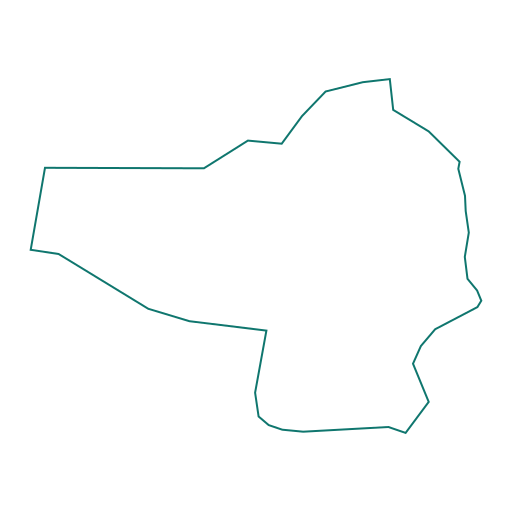 the border of Varaklanu
{"feature_id": "LVA-5800", "entity_name": "Varaklanu", "entity_type": "Municipality", "adm_level": 1, "iso_a3": "LVA", "parent_name": "Latvia", "parent_adm1": "", "projection": "orthographic", "projection_center": [26.664, 56.633], "detail": "fine", "context": "isolated", "style": "outline", "palette": "teal", "viewbox_px": 512, "rotation_deg": 0, "n_neighbors": 0, "source": "natural_earth", "source_scale": "10m", "svg_char_len": 565}
<svg xmlns="http://www.w3.org/2000/svg" viewBox="0 0 512 512"><path d="M459.6,161.8L458.3,168.8L465.0,195.8L465.7,211.1L468.8,232.6L464.8,256.9L467.5,278.8L477.1,290.5L481.3,300.7L477.4,307.1L435.2,329.2L420.9,346.0L413.0,363.7L428.7,401.9L405.6,432.9L388.4,427.0L303.2,431.7L282.3,429.7L268.7,425.1L258.6,416.5L255.1,392.7L266.4,330.6L189.4,321.2L148.3,308.8L58.6,254.0L30.7,249.8L45.0,167.8L203.9,168.3L247.9,140.6L281.7,143.7L302.0,116.1L325.6,91.5L362.8,82.2L389.8,79.1L393.2,109.9L428.7,131.4L459.6,161.8Z" fill="none" stroke="#0f766e" stroke-width="2"/></svg>